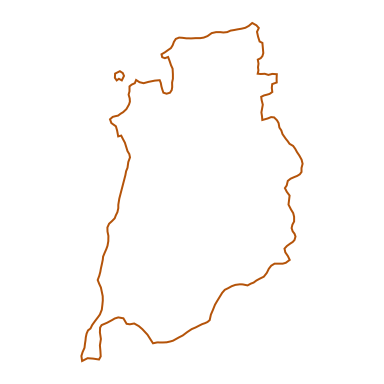 São Luís, Maranhão, Brazil
{"feature_id": "56859067B1800832829345", "entity_name": "São Luís", "entity_type": "district", "adm_level": 2, "iso_a3": "BRA", "parent_name": "Brazil", "parent_adm1": "Maranhão", "projection": "natural_earth1", "projection_center": [-44.287, -2.635], "detail": "fine", "context": "isolated", "style": "outline", "palette": "amber", "viewbox_px": 384, "rotation_deg": 0, "n_neighbors": 0, "source": "geoboundaries", "source_scale": "gbopen_adm2", "svg_char_len": 3288}
<svg xmlns="http://www.w3.org/2000/svg" viewBox="0 0 384 384"><path d="M195.5,327.5L199.8,325.3L202.2,324.1L204.9,323.2L207.5,322.0L209.7,320.1L210.9,314.6L212.8,310.2L215.0,304.7L217.1,301.1L218.7,298.5L222.2,292.8L224.8,289.8L228.1,288.2L231.7,286.2L235.3,284.9L239.9,284.3L242.7,284.4L247.6,285.4L250.9,283.6L253.6,282.6L256.4,280.5L259.9,278.6L263.8,276.7L266.8,272.9L268.8,268.8L271.2,265.7L274.5,263.7L279.2,263.7L282.6,263.7L285.8,262.8L289.7,259.9L287.9,256.1L285.3,252.3L284.5,248.6L286.9,246.0L290.2,243.6L292.7,242.0L294.5,240.0L295.5,236.5L294.5,233.7L292.7,231.4L291.6,228.1L292.4,224.7L294.1,221.5L294.1,216.8L293.2,213.1L291.0,209.5L288.5,204.6L289.6,195.6L286.8,191.8L284.9,188.1L286.7,185.5L287.8,180.9L290.6,178.7L294.2,177.1L297.2,175.9L299.8,174.3L301.5,172.0L301.5,168.0L302.6,163.8L301.6,159.7L299.3,155.5L297.0,152.1L295.2,148.8L293.1,145.9L289.5,143.8L287.8,141.3L285.7,138.7L282.5,134.1L281.3,130.4L279.4,127.6L278.6,123.1L277.0,120.3L274.1,117.4L271.1,117.1L267.6,118.5L262.3,120.0L262.0,116.2L261.4,112.4L262.8,104.7L261.6,99.9L261.2,96.8L264.1,95.4L266.9,94.7L269.6,93.9L272.3,92.0L271.8,87.9L272.2,84.1L276.7,82.5L276.6,78.5L276.8,74.2L272.3,73.9L268.4,74.9L264.8,73.8L260.7,74.0L257.7,73.7L258.4,70.4L258.0,67.3L258.5,63.7L257.8,59.6L260.7,58.2L262.4,56.1L263.3,53.1L262.4,42.9L259.6,41.5L258.1,36.8L257.0,31.8L258.8,28.0L256.4,25.3L252.2,23.0L248.8,25.9L245.3,27.8L241.5,28.7L237.3,29.4L234.3,30.0L230.6,30.6L227.2,32.1L223.4,32.5L220.1,32.1L216.2,32.1L211.7,33.1L207.5,36.1L203.7,37.6L200.5,38.1L196.3,38.1L191.2,38.4L186.2,38.3L182.3,37.8L179.1,37.6L175.8,38.9L173.9,41.9L172.7,45.2L170.9,48.1L168.0,50.1L164.8,52.4L161.5,54.3L162.2,57.2L164.9,58.2L168.1,57.0L169.6,61.0L171.0,65.2L172.6,68.7L172.9,74.2L172.9,78.8L172.1,82.5L172.2,87.1L171.7,90.1L170.0,92.7L166.6,93.7L163.4,92.7L162.2,89.2L161.4,86.3L160.8,83.0L159.7,80.2L154.9,80.6L148.4,81.9L143.6,83.2L139.5,82.2L136.1,80.0L134.8,83.2L131.7,84.6L129.5,86.4L129.5,91.3L128.6,94.6L129.7,98.4L129.9,101.7L129.0,104.5L126.4,109.1L123.1,112.2L120.6,113.7L118.1,115.6L115.3,116.2L112.7,116.9L110.0,119.3L111.4,123.1L115.9,126.3L117.1,130.5L118.2,136.4L121.2,135.6L122.8,138.8L124.9,142.7L127.5,151.1L129.3,154.1L130.0,157.4L128.3,162.0L127.5,167.8L126.1,171.2L125.4,175.1L119.3,198.6L118.3,204.8L118.3,208.2L117.4,212.2L115.9,215.2L114.7,218.3L112.2,220.9L109.1,223.7L107.4,227.5L107.5,231.6L108.4,235.9L108.3,241.2L107.5,245.8L106.3,249.1L104.5,253.2L103.1,256.6L102.8,259.6L101.9,264.0L100.9,268.5L100.3,271.9L99.3,275.7L97.7,280.0L99.1,283.6L100.9,287.5L102.7,296.1L102.8,300.5L102.4,304.7L101.8,309.7L99.9,314.5L98.2,316.9L95.0,321.1L92.2,325.0L90.5,328.5L88.0,330.4L86.6,333.6L85.8,337.3L85.5,340.4L85.0,343.6L84.5,347.8L82.6,352.1L81.4,356.0L82.1,361.0L87.6,358.2L93.1,358.6L99.0,359.5L100.7,356.4L100.4,350.9L99.9,345.4L100.9,339.0L99.9,332.4L100.1,327.6L101.6,325.1L107.2,322.7L112.2,320.0L114.7,318.5L118.3,317.4L123.4,318.3L126.6,323.8L129.8,324.3L134.2,323.5L138.8,326.1L142.3,329.1L147.5,334.7L150.6,339.6L153.0,343.3L157.2,342.4L162.1,342.5L166.6,342.3L170.2,341.5L173.0,340.7L179.1,337.3L182.7,335.5L187.2,332.1L191.7,329.1L195.5,327.5ZM124.0,75.9L122.8,73.1L119.9,71.2L115.1,73.6L114.9,77.8L116.7,80.4L118.9,78.8L121.8,80.4L124.0,75.9Z" fill="none" stroke="#b45309" stroke-width="2"/></svg>